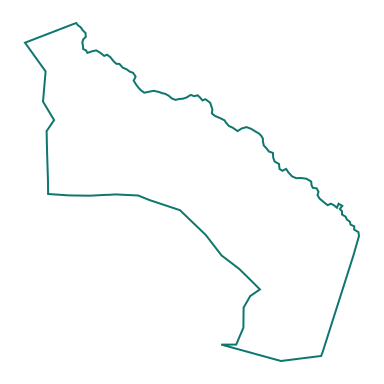 outline of Capitão de Campos, Piauí, Brazil
{"feature_id": "56859067B28975219181336", "entity_name": "Capitão de Campos", "entity_type": "district", "adm_level": 2, "iso_a3": "BRA", "parent_name": "Brazil", "parent_adm1": "Piauí", "projection": "mercator", "projection_center": [-41.893, -4.526], "detail": "fine", "context": "isolated", "style": "outline", "palette": "teal", "viewbox_px": 384, "rotation_deg": 0, "n_neighbors": 0, "source": "geoboundaries", "source_scale": "gbopen_adm2", "svg_char_len": 1745}
<svg xmlns="http://www.w3.org/2000/svg" viewBox="0 0 384 384"><path d="M43.0,101.6L54.1,120.1L46.6,131.1L47.1,153.2L48.0,181.6L48.1,194.0L69.0,195.4L90.0,195.7L105.2,194.9L108.0,194.9L115.2,194.4L138.2,195.5L149.3,200.0L180.0,210.2L191.1,220.9L205.7,234.9L221.6,255.5L239.3,269.0L251.4,280.9L259.9,289.4L250.2,296.1L243.6,307.6L243.4,327.7L236.2,344.6L221.2,344.6L237.3,349.0L281.0,361.0L304.7,358.0L313.6,356.9L321.1,356.0L322.4,352.8L353.3,255.8L359.0,236.0L358.4,232.1L354.1,229.5L354.3,226.4L350.6,224.6L349.8,221.6L346.9,219.6L345.6,216.7L342.0,214.5L342.0,211.2L339.8,208.9L342.3,205.9L338.6,203.7L336.9,207.7L334.0,205.3L330.9,203.7L327.7,205.2L324.2,202.5L319.3,198.3L317.5,195.0L318.5,191.8L316.7,188.4L312.8,187.8L311.5,185.1L311.2,181.6L306.4,178.7L300.7,178.0L296.2,178.2L292.0,176.3L288.5,172.5L286.1,168.9L282.4,170.8L279.5,168.9L279.0,164.0L274.6,161.5L273.2,157.6L272.9,152.9L268.9,151.5L266.7,148.6L263.8,145.5L262.9,141.4L262.9,138.6L261.0,135.5L258.7,133.3L255.1,131.3L251.1,128.8L246.5,127.1L241.6,128.5L237.6,131.1L232.7,127.7L228.8,125.9L226.2,122.9L224.5,120.3L220.5,118.3L215.1,116.0L211.9,113.5L212.4,109.5L210.2,102.8L205.4,99.2L202.5,100.4L200.0,97.5L197.6,95.3L194.2,96.2L190.7,94.9L186.6,97.5L182.8,98.7L179.0,99.0L175.6,99.9L171.9,98.5L168.8,95.8L165.4,93.9L162.0,93.1L158.7,91.9L153.5,90.8L149.2,91.7L144.3,92.7L141.0,90.4L138.3,87.5L136.3,84.8L133.7,80.7L135.6,76.6L133.1,72.8L129.7,71.6L126.5,69.2L122.6,67.6L119.4,63.9L116.3,63.8L113.2,60.8L110.5,57.3L107.1,54.7L104.2,55.9L100.6,53.0L96.3,50.4L92.7,51.1L87.4,52.9L86.0,50.4L83.2,49.0L83.0,46.2L82.3,42.5L83.2,39.4L85.8,36.8L85.5,33.0L82.6,30.1L80.6,27.2L78.1,25.4L76.1,23.0L25.0,42.7L45.6,71.4L43.0,101.6Z" fill="none" stroke="#0f766e" stroke-width="2"/></svg>